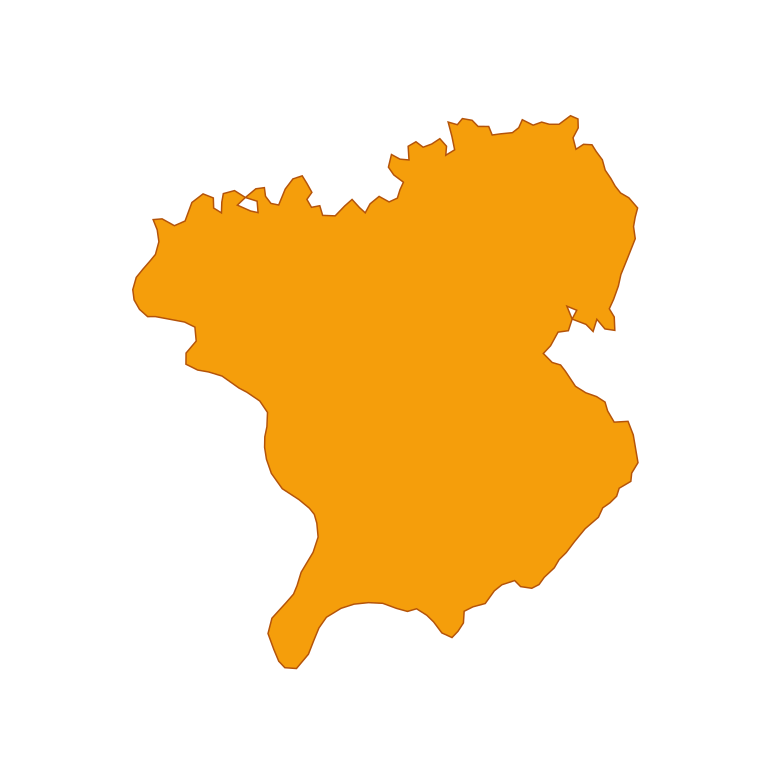 the district of Itambé, Paraná, Brazil, rotated 10°
{"feature_id": "56859067B60705951788517", "entity_name": "Itambé", "entity_type": "district", "adm_level": 2, "iso_a3": "BRA", "parent_name": "Brazil", "parent_adm1": "Paraná", "projection": "orthographic", "projection_center": [-52.013, -23.715], "detail": "fine", "context": "isolated", "style": "filled", "palette": "amber", "viewbox_px": 768, "rotation_deg": 10, "n_neighbors": 0, "source": "geoboundaries", "source_scale": "gbopen_adm2", "svg_char_len": 2661}
<svg xmlns="http://www.w3.org/2000/svg" viewBox="0 0 768 768"><g transform="rotate(10 384 384)"><path d="M558.0,287.4L572.6,290.2L580.8,296.0L582.4,283.3L592.0,291.4L602.0,291.1L599.1,278.0L592.8,270.8L595.4,260.8L597.8,246.8L598.3,235.0L602.0,217.7L606.2,197.3L602.4,185.6L602.4,176.1L603.2,166.6L592.8,158.1L583.8,154.8L577.2,148.9L571.7,142.2L564.7,135.0L560.1,125.3L552.6,118.2L547.3,112.3L538.9,113.3L532.3,119.5L527.4,108.7L530.8,98.1L529.0,89.3L521.1,87.4L511.3,97.8L501.7,99.5L493.8,98.7L485.9,103.2L474.3,99.7L472.2,108.2L466.8,114.2L455.7,117.3L447.3,120.0L442.4,112.2L431.9,114.0L425.0,109.0L415.1,109.0L411.2,115.9L401.7,114.9L408.0,128.6L412.9,141.1L405.1,148.0L404.3,139.0L396.4,132.7L389.3,139.4L381.4,144.0L373.4,139.9L366.5,145.7L369.7,159.0L360.7,159.8L351.5,156.7L350.7,169.7L357.3,176.4L368.1,181.9L366.0,190.0L364.9,198.6L357.4,203.8L346.6,200.1L339.0,209.0L335.8,218.7L329.2,214.5L320.5,207.8L314.3,215.6L306.7,226.9L294.3,228.6L289.8,219.6L281.9,222.6L276.0,215.6L279.7,207.8L273.1,199.7L267.3,193.2L258.7,197.8L252.9,209.1L249.2,226.0L241.3,225.8L234.7,219.7L232.1,211.4L223.9,214.0L215.1,224.4L203.2,219.5L192.7,224.4L192.7,233.1L194.2,243.7L185.7,240.3L183.6,230.4L172.8,228.2L163.3,238.6L159.8,258.0L150.1,264.5L136.8,259.9L128.1,262.2L133.9,271.6L137.6,283.0L136.4,296.1L131.8,304.2L126.8,312.5L121.5,322.0L120.2,334.7L123.3,344.6L130.3,353.0L139.5,358.7L147.2,357.3L176.8,357.6L187.9,360.8L191.6,374.3L183.7,387.9L185.5,398.9L198.0,402.6L209.1,402.6L223.1,404.3L242.2,413.3L250.4,415.9L264.6,422.3L274.2,432.2L276.1,446.3L275.8,456.7L277.4,467.1L281.3,478.5L288.6,491.6L302.0,504.8L320.5,512.7L332.1,519.3L338.0,524.5L342.0,532.7L345.7,546.2L343.4,562.1L335.1,583.8L333.4,597.6L331.4,606.6L325.5,616.4L314.3,634.1L313.1,649.9L321.5,664.4L328.5,675.3L335.6,680.6L347.2,679.4L356.5,663.2L359.4,648.7L362.3,635.5L367.8,623.7L380.6,612.4L392.7,606.0L406.7,602.0L420.8,600.2L435.3,602.8L446.6,603.9L455.1,599.7L466.3,604.3L474.2,609.7L484.2,619.1L495.0,621.9L499.8,614.7L503.7,605.5L502.4,593.9L510.3,588.0L521.8,582.6L528.6,568.5L535.0,561.2L546.8,554.9L553.7,559.8L565.0,559.5L571.5,554.6L575.4,546.5L583.6,535.5L587.0,526.4L592.7,518.4L599.0,506.1L607.2,491.6L618.3,478.0L620.9,468.0L627.2,461.7L632.6,454.1L633.7,445.8L644.0,437.0L643.4,428.7L647.8,417.4L638.3,390.8L630.8,378.4L617.3,381.6L608.9,371.7L604.8,363.4L595.6,359.5L584.2,357.6L572.9,353.0L560.4,339.9L554.6,334.6L545.9,333.6L535.6,326.3L541.4,317.4L546.4,302.7L556.3,299.5L558.0,287.4ZM215.1,224.4L227.3,226.0L230.2,237.1L222.6,236.8L208.5,233.3L215.1,224.4ZM558.0,287.4L550.6,275.6L561.0,277.9L558.0,287.4Z" fill="#f59e0b" stroke="#b45309" stroke-width="1.5"/></g></svg>